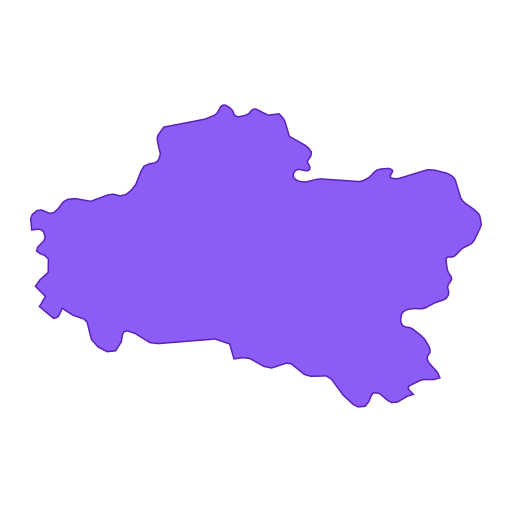 map outline of Loiret (Robinson projection)
{"feature_id": "FRA-5317", "entity_name": "Loiret", "entity_type": "Metropolitan department", "adm_level": 1, "iso_a3": "FRA", "parent_name": "France", "parent_adm1": "", "projection": "robinson", "projection_center": [2.43, 47.912], "detail": "fine", "context": "isolated", "style": "filled", "palette": "violet", "viewbox_px": 512, "rotation_deg": 0, "n_neighbors": 0, "source": "natural_earth", "source_scale": "10m", "svg_char_len": 2889}
<svg xmlns="http://www.w3.org/2000/svg" viewBox="0 0 512 512"><path d="M53.7,318.5L39.3,306.4L41.0,304.2L43.9,298.9L45.7,296.7L35.4,286.3L40.0,279.8L48.2,272.4L48.4,259.0L44.7,255.5L39.8,253.4L36.5,251.0L37.8,247.0L43.9,240.8L45.3,236.9L43.5,231.8L40.8,229.5L37.4,229.2L31.7,230.0L30.7,218.6L32.3,214.5L36.8,210.6L41.2,209.9L49.9,213.4L54.2,212.4L58.3,208.5L63.1,202.1L67.7,199.3L75.4,198.6L90.8,201.3L107.6,195.0L113.3,194.2L120.2,195.9L126.0,194.5L131.1,190.4L135.9,184.2L141.0,171.3L144.1,166.1L149.7,163.7L153.7,163.2L156.7,161.9L158.9,159.0L160.4,154.0L157.6,142.1L157.2,137.9L158.1,135.1L163.8,127.1L204.6,119.2L214.1,115.5L216.7,113.5L218.2,111.4L220.6,106.7L222.6,105.2L225.4,105.1L229.3,107.4L231.8,109.6L233.3,112.0L233.8,114.2L235.6,115.9L238.9,116.9L246.1,115.1L249.3,113.2L251.1,110.8L252.8,109.3L255.8,109.0L268.2,115.2L276.7,114.1L276.8,114.1L279.2,113.8L283.4,118.6L285.0,121.7L288.9,134.9L289.4,136.0L289.7,136.6L305.5,145.5L309.2,148.8L311.3,151.9L311.2,154.3L310.6,156.5L307.5,160.9L307.5,161.9L307.6,162.5L309.2,165.4L310.0,167.4L309.6,169.4L308.0,170.6L306.8,170.9L299.7,169.5L297.2,169.6L295.0,171.1L293.6,173.1L293.2,175.4L293.6,177.5L295.5,179.4L298.1,181.0L302.4,181.9L306.4,181.9L316.4,179.4L321.0,178.9L359.4,181.6L363.2,180.6L368.9,177.6L371.6,175.0L373.7,172.6L376.5,170.3L380.8,169.0L388.5,168.4L391.9,169.6L392.7,171.4L391.4,173.5L390.4,175.7L390.5,177.8L394.9,178.7L398.8,178.5L427.1,169.8L430.7,169.8L435.7,170.4L446.4,173.1L450.2,174.8L452.3,176.3L454.3,178.3L455.5,180.7L460.7,197.9L462.9,201.1L465.3,203.4L474.0,209.4L478.4,213.5L479.7,215.8L480.3,218.4L481.3,224.6L479.7,228.9L474.5,239.9L472.1,243.0L469.5,244.7L463.6,247.6L460.8,249.7L456.4,254.4L454.2,256.3L451.7,257.1L448.0,256.9L446.7,257.7L446.0,260.3L447.2,269.1L448.4,272.6L451.1,276.6L451.7,278.9L450.3,281.8L448.9,283.7L448.0,285.3L447.6,287.5L448.3,290.1L448.7,292.5L448.3,295.2L446.2,298.3L443.4,299.9L434.4,303.0L425.3,307.9L422.7,308.6L420.1,308.8L414.8,308.5L409.0,309.1L406.4,309.9L404.1,311.2L402.2,313.0L401.9,313.6L401.0,317.0L400.7,320.3L401.3,323.1L402.4,325.3L405.4,327.1L408.0,327.2L410.8,328.0L413.3,329.4L421.2,335.7L424.4,338.9L428.3,345.2L430.0,349.1L430.0,352.4L427.2,356.7L427.4,359.6L429.1,363.0L437.4,372.2L439.9,377.7L434.0,379.5L423.1,379.6L420.3,380.4L408.8,386.0L408.7,387.3L408.0,388.7L413.3,394.4L407.4,396.2L397.4,402.1L391.5,402.5L387.4,400.2L379.3,393.3L373.3,392.8L371.2,395.8L368.9,401.5L365.1,406.3L358.0,406.9L353.2,404.4L343.2,395.2L331.4,379.1L326.2,375.9L311.0,376.3L304.5,374.5L291.2,363.8L286.2,363.2L271.6,368.0L264.2,366.5L249.6,358.4L242.9,357.7L234.0,358.9L229.7,344.0L215.0,339.0L158.2,343.6L149.9,342.6L135.2,333.5L127.4,330.9L124.0,331.7L122.5,334.3L121.3,341.8L115.7,350.8L107.1,351.7L98.1,347.0L91.4,339.3L87.1,322.1L83.8,319.0L72.6,315.0L62.1,308.3L58.8,315.8L57.3,317.3L53.7,318.5Z" fill="#8b5cf6" stroke="#5b21b6" stroke-width="1.5"/></svg>